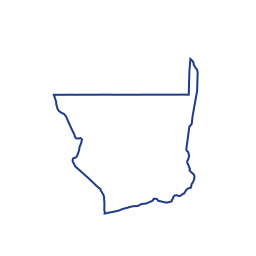 outline of Serra Preta, Bahia, Brazil, rotated 113°
{"feature_id": "56859067B53303266645960", "entity_name": "Serra Preta", "entity_type": "district", "adm_level": 2, "iso_a3": "BRA", "parent_name": "Brazil", "parent_adm1": "Bahia", "projection": "natural_earth1", "projection_center": [-39.348, -12.116], "detail": "fine", "context": "isolated", "style": "outline", "palette": "blue", "viewbox_px": 256, "rotation_deg": 113, "n_neighbors": 0, "source": "geoboundaries", "source_scale": "gbopen_adm2", "svg_char_len": 1810}
<svg xmlns="http://www.w3.org/2000/svg" viewBox="0 0 256 256"><g transform="rotate(113 128 128)"><path d="M215.9,116.1L214.4,113.7L213.4,112.6L211.7,110.0L209.7,107.1L208.8,105.9L207.8,104.5L206.8,103.4L205.3,102.0L204.1,100.6L202.8,99.0L201.5,97.2L200.0,95.5L198.6,93.6L197.5,91.8L196.5,89.5L195.4,87.9L194.1,87.2L192.7,85.8L191.6,83.9L190.7,82.0L189.2,80.7L187.2,78.7L185.6,77.1L183.2,76.6L182.3,74.9L182.2,73.2L183.2,71.8L182.8,69.8L182.5,68.2L182.2,65.9L181.6,63.3L180.3,61.4L178.4,59.1L177.1,59.5L175.2,59.0L173.4,59.4L171.7,58.5L170.8,56.6L170.7,54.2L169.1,52.7L167.6,52.0L166.4,50.8L164.5,50.5L162.6,50.2L160.7,49.5L159.6,48.3L158.2,46.8L155.9,47.3L154.5,47.5L152.6,47.1L149.9,47.0L147.3,47.6L145.3,48.9L144.4,51.2L143.7,53.3L142.9,54.9L141.3,55.1L140.3,56.3L138.6,57.8L137.0,59.8L135.2,60.6L133.0,60.3L131.2,60.7L129.8,60.8L128.5,61.8L126.6,63.2L126.1,64.9L125.0,66.0L102.9,72.0L101.5,71.6L99.8,71.0L98.3,71.2L92.2,73.1L66.7,78.9L51.7,84.8L49.6,85.6L47.5,87.1L46.1,89.4L44.8,91.2L43.7,92.5L42.3,93.2L41.3,94.4L40.7,96.0L40.1,97.5L51.7,93.7L73.6,85.1L76.0,90.9L87.9,118.8L100.6,148.6L101.5,150.6L102.4,152.9L106.7,163.1L118.1,189.7L119.0,191.9L126.4,209.2L132.2,204.2L133.9,203.5L135.2,202.5L136.6,201.4L137.9,200.3L139.3,198.4L139.8,196.4L140.0,194.4L140.1,192.3L141.5,189.7L149.2,181.4L152.2,178.1L155.0,174.8L156.7,173.6L157.8,171.7L157.1,169.6L155.8,167.8L156.4,166.0L158.2,165.6L159.9,165.2L162.2,165.2L163.8,165.2L165.6,164.9L167.7,164.3L169.6,164.2L171.7,164.0L173.6,164.0L175.2,164.3L176.4,165.4L177.3,166.6L178.7,166.6L180.3,165.9L183.9,161.7L189.9,144.0L190.6,142.2L193.6,134.3L194.5,131.6L194.8,129.7L195.9,128.9L197.3,127.0L199.3,124.3L201.5,122.7L203.4,122.0L204.6,121.2L206.3,120.4L211.4,118.3L212.8,117.8L214.3,116.6L215.9,116.1Z" fill="none" stroke="#1e3a8a" stroke-width="2"/></g></svg>